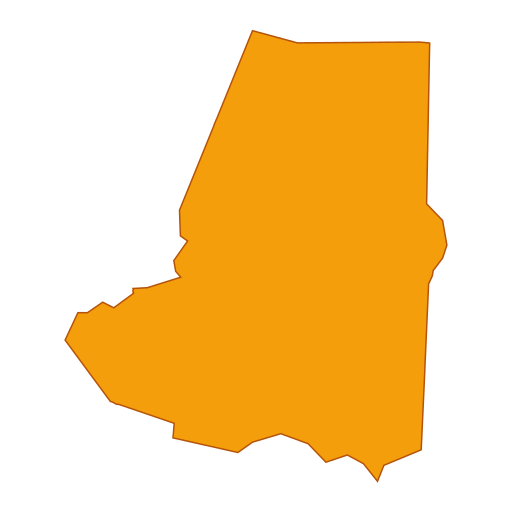 Wayne, North Carolina, United States of America
{"feature_id": "52423323B99063612255377", "entity_name": "Wayne", "entity_type": "district", "adm_level": 2, "iso_a3": "USA", "parent_name": "United States of America", "parent_adm1": "North Carolina", "projection": "equal_earth", "projection_center": [-78.044, 35.372], "detail": "fine", "context": "isolated", "style": "filled", "palette": "amber", "viewbox_px": 512, "rotation_deg": 0, "n_neighbors": 0, "source": "geoboundaries", "source_scale": "gbopen_adm2", "svg_char_len": 862}
<svg xmlns="http://www.w3.org/2000/svg" viewBox="0 0 512 512"><path d="M442.6,258.1L446.9,245.1L442.6,220.5L426.6,203.9L429.4,56.3L429.7,43.1L429.0,42.9L419.7,42.1L391.1,42.2L358.0,42.5L354.7,42.5L297.4,42.9L252.5,30.7L247.4,43.2L226.4,94.9L216.6,119.0L216.4,119.3L214.3,124.3L213.6,126.4L179.5,210.2L180.4,235.9L187.6,241.0L173.8,260.6L175.7,271.3L180.7,277.2L147.3,287.7L133.0,288.5L133.4,289.6L132.9,290.7L132.9,291.5L133.2,292.4L133.6,292.8L133.5,293.3L113.8,307.8L102.7,302.2L87.4,312.7L77.9,312.7L65.1,340.1L110.4,401.5L112.0,401.8L116.6,404.3L117.3,404.4L118.5,404.3L174.2,423.3L173.0,437.9L237.9,452.5L248.9,444.7L252.6,442.1L280.8,433.7L308.1,443.7L325.9,462.2L347.3,455.0L363.4,463.6L377.5,481.3L383.9,465.3L421.2,449.8L424.8,370.6L425.0,364.9L428.6,284.0L432.3,275.9L433.2,270.5L442.6,258.1Z" fill="#f59e0b" stroke="#b45309" stroke-width="1.5"/></svg>